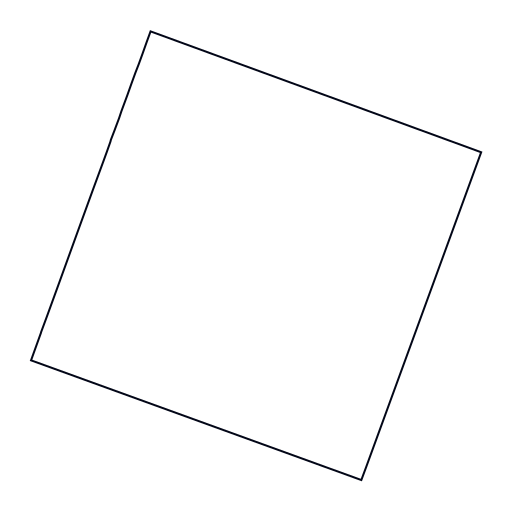 the district of Smith, Kansas, United States of America, rotated 290°
{"feature_id": "52423323B97922729211472", "entity_name": "Smith", "entity_type": "district", "adm_level": 2, "iso_a3": "USA", "parent_name": "United States of America", "parent_adm1": "Kansas", "projection": "mercator", "projection_center": [-98.778, 39.785], "detail": "fine", "context": "isolated", "style": "outline", "palette": "ink", "viewbox_px": 512, "rotation_deg": 290, "n_neighbors": 0, "source": "geoboundaries", "source_scale": "gbopen_adm2", "svg_char_len": 539}
<svg xmlns="http://www.w3.org/2000/svg" viewBox="0 0 512 512"><g transform="rotate(290 256 256)"><path d="M81.0,80.3L81.5,431.6L95.1,431.7L430.5,432.1L431.0,80.1L419.4,80.1L406.9,80.2L396.1,80.2L387.0,80.0L375.7,80.0L363.0,80.1L346.2,80.0L338.9,80.2L338.1,80.2L328.2,80.1L326.2,80.1L315.4,79.9L314.7,80.0L313.6,80.1L302.9,80.2L293.0,80.2L292.9,80.2L262.7,80.1L261.3,80.1L234.3,80.1L225.7,80.1L163.3,80.2L147.0,80.2L140.3,80.2L140.0,80.2L127.6,80.2L111.1,80.1L110.1,80.2L81.0,80.3Z" fill="none" stroke="#020617" stroke-width="2"/></g></svg>